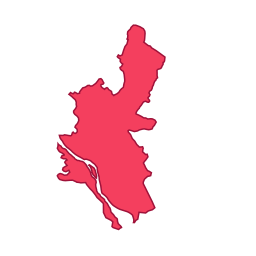 the district of Markz Maghagha, Al Minya, Egypt, rotated 125°
{"feature_id": "37247803B21152276423955", "entity_name": "Markz Maghagha", "entity_type": "district", "adm_level": 2, "iso_a3": "EGY", "parent_name": "Egypt", "parent_adm1": "Al Minya", "projection": "orthographic", "projection_center": [30.801, 28.641], "detail": "fine", "context": "isolated", "style": "filled", "palette": "rose", "viewbox_px": 256, "rotation_deg": 125, "n_neighbors": 0, "source": "geoboundaries", "source_scale": "gbopen_adm2", "svg_char_len": 5936}
<svg xmlns="http://www.w3.org/2000/svg" viewBox="0 0 256 256"><g transform="rotate(125 128 128)"><path d="M177.9,60.3L174.5,65.9L164.9,83.5L163.5,84.5L162.4,84.7L161.2,85.0L160.2,85.1L158.1,84.6L157.3,84.4L156.2,84.1L155.3,83.1L154.0,82.1L152.1,82.9L151.2,83.2L151.3,85.6L151.7,87.6L150.4,90.8L149.1,92.9L147.8,95.3L146.4,95.3L145.9,95.3L144.8,95.2L144.3,95.1L140.2,95.1L139.4,96.1L138.5,97.3L139.6,98.3L139.1,102.4L137.0,103.5L135.9,103.9L135.0,105.3L135.7,106.0L137.1,107.8L136.8,109.4L136.5,111.4L134.9,114.9L134.2,118.4L131.9,122.2L131.3,124.7L131.0,125.7L130.3,126.1L130.0,126.4L128.9,125.8L128.2,123.7L128.0,123.1L127.3,120.8L126.4,119.9L124.9,118.5L123.1,117.6L122.8,117.4L120.6,115.5L119.4,114.2L118.3,111.6L117.8,110.6L117.6,110.2L117.4,109.9L116.6,109.1L115.9,108.5L114.9,107.7L114.4,107.8L112.8,108.2L110.7,107.9L109.8,108.0L107.0,108.3L106.1,110.4L106.5,113.1L107.3,114.6L109.3,117.0L109.6,119.3L110.3,120.3L110.7,121.0L110.8,123.4L111.1,125.5L111.5,127.9L111.9,129.3L111.6,129.6L111.2,130.0L110.1,130.3L109.2,130.4L107.8,130.4L107.6,130.4L107.2,130.4L105.7,130.2L105.4,130.1L105.1,130.2L104.1,130.4L103.0,130.3L102.0,130.2L101.3,130.2L98.2,130.3L97.3,130.0L95.9,128.8L95.8,127.2L95.1,125.9L93.9,125.6L93.0,126.2L92.4,128.3L91.5,129.1L89.7,128.7L88.0,129.1L87.9,129.5L87.3,130.9L86.6,131.1L85.3,131.3L83.5,130.6L81.5,131.0L80.1,131.7L79.5,131.7L78.4,131.8L76.4,132.5L74.4,132.9L73.0,132.6L71.3,133.0L69.9,132.6L68.2,134.4L66.5,135.5L65.2,136.5L64.2,137.3L63.5,137.3L62.5,137.0L61.8,136.3L60.4,135.3L59.0,135.3L57.3,135.7L55.9,135.7L54.2,136.8L53.9,136.4L52.2,136.5L48.7,138.4L48.5,148.9L48.8,154.6L48.1,156.7L48.9,158.8L48.6,164.4L47.1,164.6L45.4,165.5L40.7,168.3L39.0,169.8L37.9,172.3L38.2,176.2L39.3,180.5L40.7,182.6L43.8,183.2L45.9,182.8L47.7,183.3L49.4,183.4L51.6,182.2L52.1,181.3L53.2,180.7L54.9,179.6L55.2,180.0L55.9,179.6L56.0,178.8L55.8,178.5L60.0,177.0L60.7,177.1L63.0,177.2L66.8,176.2L68.6,175.6L71.5,174.7L73.3,175.7L73.6,176.4L73.7,177.8L75.2,177.7L75.7,177.7L76.0,176.7L76.0,173.6L77.0,173.2L78.0,172.5L78.6,170.4L78.6,169.0L81.3,168.6L83.0,169.3L84.0,168.2L84.4,166.5L84.3,164.4L86.3,161.9L90.3,158.4L92.0,157.3L93.4,156.9L95.1,156.2L97.4,155.1L99.5,155.8L101.6,156.1L104.0,156.0L105.0,156.3L106.4,156.7L106.7,156.9L108.1,157.7L109.1,158.3L109.5,158.3L109.2,160.7L107.5,162.5L107.6,165.9L107.0,167.3L107.0,168.4L108.7,169.4L109.7,169.3L109.8,172.4L109.2,174.2L108.2,174.9L107.8,174.9L106.4,173.6L105.0,173.6L104.4,175.0L103.4,176.7L103.1,178.5L104.5,179.8L107.2,179.8L110.0,180.0L112.0,180.7L113.8,181.3L115.2,182.7L115.2,184.1L116.3,185.4L119.0,186.4L121.1,188.1L124.2,188.3L126.2,188.3L127.3,187.6L129.0,189.3L129.0,191.3L129.4,192.4L131.1,192.3L131.5,192.7L131.9,194.7L131.9,195.4L134.3,195.7L134.3,194.7L134.5,191.9L134.8,190.2L135.1,187.4L136.4,185.3L138.5,183.9L139.8,182.5L141.8,182.1L145.3,182.3L146.6,181.3L147.3,179.5L147.5,176.4L148.2,174.3L150.2,172.6L152.6,172.1L154.6,172.1L156.0,172.4L157.0,172.0L157.7,172.0L158.3,168.9L159.0,168.3L160.0,167.5L161.4,167.5L162.7,168.1L163.1,169.5L163.1,169.8L162.8,170.5L163.5,170.9L166.2,170.1L167.2,170.4L168.3,172.5L169.4,174.9L170.1,176.2L171.2,176.8L173.4,180.0L174.2,179.0L175.2,177.7L175.9,175.9L176.2,174.5L177.5,171.9L178.2,169.8L178.8,166.9L178.8,165.2L179.1,161.5L179.5,159.5L179.8,155.8L179.6,152.7L179.3,150.4L179.1,148.3L178.9,145.7L178.3,145.2L177.6,144.5L177.1,143.2L176.6,141.3L176.3,139.9L176.6,137.6L176.7,136.3L176.7,134.6L177.6,131.9L178.1,130.4L179.7,129.3L182.1,126.8L184.6,123.7L186.9,121.8L191.0,117.1L193.9,114.5L195.7,112.7L196.3,111.8L196.4,110.2L196.5,108.0L197.0,105.2L197.6,104.0L198.5,101.8L199.3,98.8L199.8,96.5L199.9,94.5L199.7,90.8L199.3,88.1L198.2,84.6L197.3,81.7L196.9,80.3L196.6,78.2L196.6,76.0L196.8,74.4L198.1,72.6L199.6,70.8L201.1,69.7L202.3,69.3L201.8,68.5L201.2,68.5L199.1,68.6L197.1,67.7L190.7,70.6L187.5,64.8L184.3,63.8L180.9,61.1L177.9,60.3ZM185.1,174.3L186.4,171.7L186.7,170.0L186.3,167.6L186.3,165.2L187.0,164.8L188.4,166.2L190.7,165.8L190.3,163.3L188.9,161.3L189.2,159.6L190.6,160.2L192.3,160.2L193.0,158.8L193.6,156.4L195.7,157.4L197.8,158.3L199.8,157.6L200.1,155.9L199.7,154.5L199.4,153.8L196.6,152.2L197.6,150.4L199.3,150.7L201.4,151.0L203.1,153.0L203.5,155.5L204.2,157.5L206.0,158.5L207.7,158.5L209.0,156.0L209.3,154.3L208.2,151.2L207.1,149.2L205.7,147.5L204.3,145.8L202.5,143.4L201.8,139.6L201.8,138.9L200.7,136.9L200.0,135.2L197.0,131.4L198.0,129.5L198.7,127.1L199.5,124.3L200.1,120.8L201.5,116.4L202.7,113.4L203.2,109.4L203.9,105.1L204.3,104.6L211.3,99.6L214.1,94.7L213.7,91.8L213.3,88.8L213.6,86.6L217.9,84.6L218.1,83.1L216.5,77.5L214.9,77.1L214.6,77.0L214.1,76.8L213.2,76.2L213.1,76.3L212.7,77.2L212.5,78.0L212.3,79.6L211.9,81.3L211.0,82.3L210.5,83.1L209.7,83.7L208.9,84.4L208.5,85.0L208.4,86.5L208.4,87.4L207.9,88.8L207.3,90.2L207.1,91.4L206.7,93.3L206.4,94.0L205.1,95.3L203.9,96.9L203.6,98.1L201.7,101.8L201.4,103.4L201.2,104.7L201.2,105.0L200.0,106.3L199.9,107.6L199.8,109.2L199.8,109.4L199.8,110.0L199.8,110.5L199.6,111.4L198.8,112.7L198.7,113.4L198.7,114.0L198.6,115.4L197.6,117.4L197.6,117.5L196.6,118.3L194.5,120.7L192.8,122.1L190.9,122.8L189.7,123.9L188.8,125.7L188.5,127.7L188.6,128.6L188.5,129.5L188.1,130.5L187.1,131.9L186.1,132.9L185.0,134.7L184.0,136.8L183.0,139.8L182.1,141.3L181.5,144.2L181.5,145.9L182.4,148.0L182.8,149.6L183.6,150.9L183.7,154.1L183.2,155.1L183.1,157.5L182.8,158.4L182.8,159.6L182.7,161.5L182.2,163.5L181.9,164.6L181.6,165.7L181.3,166.3L181.3,167.5L181.4,168.0L181.9,169.1L182.0,170.4L181.9,171.2L181.3,172.3L181.4,175.4L181.1,176.2L183.1,174.9L185.1,174.3ZM180.3,138.5L181.0,138.8L181.0,138.1L181.2,137.0L181.7,136.2L182.3,134.9L183.3,134.0L183.5,133.4L184.9,132.1L185.3,131.3L186.0,130.4L186.4,129.4L186.5,128.3L186.9,126.8L187.1,125.9L187.1,125.2L186.8,125.4L185.8,125.8L185.0,126.5L184.7,127.0L183.2,128.5L183.2,128.9L182.9,129.2L182.0,129.9L181.7,130.5L181.1,131.3L180.3,132.9L180.3,133.1L180.3,138.5Z" fill="#f43f5e" stroke="#9f1239" stroke-width="1.5"/></g></svg>